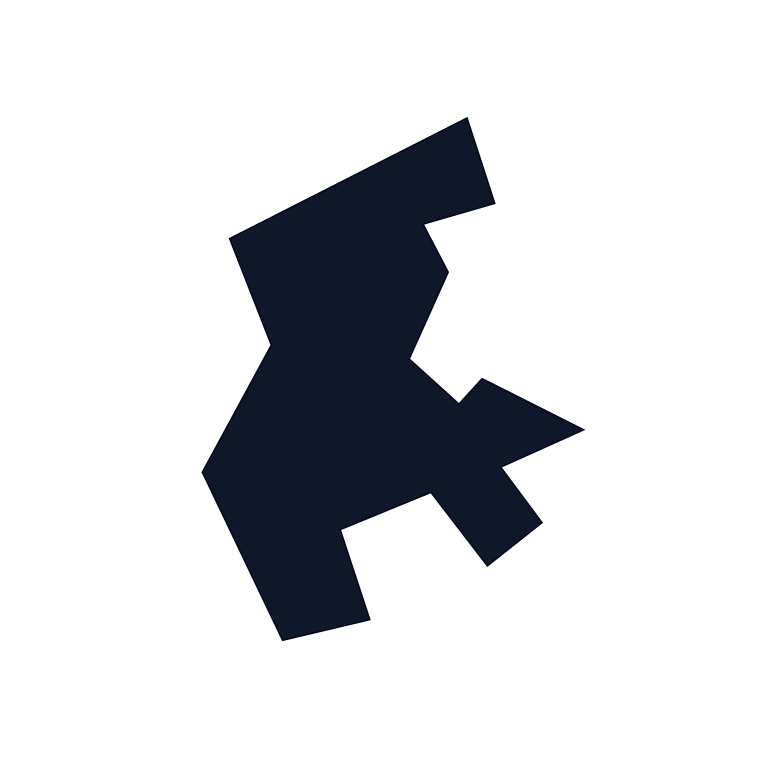 outline of Nukus city, Karakalpakstan, Uzbekistan, rotated 208°
{"feature_id": "79887680B72468614432552", "entity_name": "Nukus city", "entity_type": "district", "adm_level": 2, "iso_a3": "UZB", "parent_name": "Uzbekistan", "parent_adm1": "Karakalpakstan", "projection": "robinson", "projection_center": [59.568, 42.419], "detail": "fine", "context": "isolated", "style": "filled", "palette": "ink", "viewbox_px": 768, "rotation_deg": 208, "n_neighbors": 0, "source": "geoboundaries", "source_scale": "gbopen_adm2", "svg_char_len": 399}
<svg xmlns="http://www.w3.org/2000/svg" viewBox="0 0 768 768"><g transform="rotate(208 384 384)"><path d="M503.0,220.8L353.2,110.1L285.9,169.3L354.3,234.9L291.7,310.3L207.3,271.9L179.4,335.8L241.9,365.4L186.2,437.3L299.9,434.8L308.4,401.5L373.5,417.9L379.8,512.9L424.5,543.5L371.0,595.5L435.6,657.9L588.6,439.9L501.8,365.5L503.0,220.8Z" fill="#0f172a" stroke="#020617" stroke-width="1.5"/></g></svg>